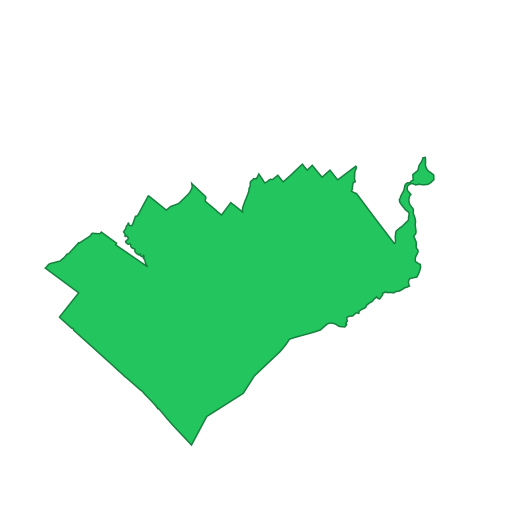 the district of Pufesti, Vrancea, Romania, rotated 54°
{"feature_id": "2599482B68532694461953", "entity_name": "Pufesti", "entity_type": "district", "adm_level": 2, "iso_a3": "ROU", "parent_name": "Romania", "parent_adm1": "Vrancea", "projection": "robinson", "projection_center": [27.194, 46.015], "detail": "fine", "context": "isolated", "style": "filled", "palette": "green", "viewbox_px": 512, "rotation_deg": 54, "n_neighbors": 0, "source": "geoboundaries", "source_scale": "gbopen_adm2", "svg_char_len": 6067}
<svg xmlns="http://www.w3.org/2000/svg" viewBox="0 0 512 512"><g transform="rotate(54 256 256)"><path d="M370.5,149.4L369.6,149.3L368.8,149.1L367.6,148.5L366.3,147.6L365.7,147.0L365.3,146.5L364.9,145.5L364.8,145.1L364.9,144.3L365.5,142.8L366.0,141.8L366.8,139.9L367.6,138.3L366.3,135.6L364.6,132.8L361.7,129.3L359.3,128.0L358.5,128.6L355.1,130.0L354.1,130.1L352.9,129.6L352.2,129.1L350.6,127.5L349.1,124.6L348.0,122.6L346.3,121.5L344.8,121.6L343.6,121.4L342.7,121.0L340.2,119.0L338.5,118.1L332.6,116.7L332.3,115.3L331.7,113.5L330.5,112.3L323.9,108.6L322.7,107.3L321.3,106.3L319.9,105.6L318.2,104.9L313.9,103.7L311.7,101.9L310.6,101.3L309.3,101.2L306.8,101.4L304.7,101.3L302.6,100.6L300.5,99.4L299.5,98.5L298.6,97.4L297.5,96.0L297.5,95.3L297.2,94.5L294.2,94.8L292.3,94.9L291.0,94.5L289.8,93.7L288.4,92.2L288.4,91.2L288.3,90.0L288.4,89.1L288.8,87.7L289.1,87.3L290.4,86.1L292.1,85.3L293.5,82.9L293.4,82.1L294.6,81.1L295.7,80.0L297.0,78.4L298.7,75.6L299.2,74.2L299.4,71.6L298.8,67.2L295.1,64.7L294.5,64.7L291.4,65.6L288.9,66.5L287.6,66.7L285.5,66.7L284.1,66.3L282.8,65.9L281.8,65.3L277.4,62.0L275.7,61.1L274.7,63.3L275.1,63.7L276.5,65.7L277.2,67.1L277.9,69.0L278.2,69.9L278.4,70.5L281.9,74.7L282.1,77.9L282.3,79.2L282.2,80.0L282.4,81.3L282.9,81.7L284.0,82.3L285.0,83.0L286.9,84.1L286.7,86.8L287.0,87.4L287.1,88.2L287.1,88.6L286.3,89.6L285.8,90.5L285.8,92.5L286.3,93.7L286.8,94.6L288.0,95.7L288.7,96.6L289.2,97.1L289.8,97.8L292.4,103.1L293.3,104.5L293.9,105.1L294.5,106.6L294.7,106.9L295.3,107.3L297.2,108.1L300.1,108.2L306.7,107.9L309.7,107.0L310.4,106.9L311.3,107.0L312.1,107.5L312.8,108.1L313.3,108.8L314.3,109.8L315.5,110.6L316.6,111.8L316.8,112.8L317.3,116.7L317.4,117.1L317.8,119.3L317.9,120.8L317.8,122.5L318.2,127.9L319.3,129.4L321.2,130.9L321.9,131.8L326.0,134.4L327.0,135.4L327.2,136.3L327.1,136.8L298.6,137.5L264.7,138.0L263.7,138.4L263.5,138.9L259.7,140.7L259.2,140.0L258.6,138.8L258.0,138.4L255.0,135.6L253.8,134.2L254.1,132.7L254.3,132.4L254.2,132.0L254.0,131.8L252.9,131.6L251.1,130.7L245.7,126.3L245.2,125.6L244.5,124.0L243.2,122.5L242.0,122.5L242.4,145.2L230.0,145.7L231.1,156.2L224.8,156.7L215.7,157.2L216.6,164.2L209.0,164.5L210.3,175.4L210.9,179.1L212.0,190.5L203.5,190.9L203.7,194.0L203.9,197.3L203.8,197.8L203.6,198.1L202.4,199.2L202.3,201.1L202.4,202.5L202.4,204.6L202.2,205.7L202.0,205.9L201.9,206.0L194.7,205.6L191.3,205.5L193.2,208.9L193.3,209.4L193.3,209.9L193.7,210.2L192.6,212.0L192.0,212.5L192.5,214.1L192.5,214.4L192.4,215.3L192.4,215.6L192.9,216.4L192.7,216.7L193.2,217.5L195.6,219.2L196.3,220.0L197.2,221.9L198.9,223.2L200.0,224.6L201.0,226.1L201.6,226.9L203.0,229.2L203.7,230.2L204.4,231.6L209.0,238.3L210.8,239.9L212.2,240.8L212.5,241.0L201.0,244.1L200.4,244.5L198.0,245.0L202.6,259.8L197.5,261.2L195.5,261.5L193.4,262.0L186.4,263.8L182.2,264.8L181.7,264.7L181.4,264.6L180.9,264.1L179.7,262.6L179.3,262.3L178.6,261.9L178.3,261.9L170.4,263.4L162.3,264.9L161.0,265.2L159.6,265.4L162.4,266.9L163.1,267.6L163.6,268.3L164.6,270.0L165.5,272.1L166.1,273.9L167.9,285.9L168.0,287.5L167.9,288.5L166.0,295.3L165.8,296.4L165.9,297.9L166.2,301.6L144.6,307.4L144.2,307.6L144.1,308.0L154.0,328.5L153.2,329.5L153.1,329.9L153.1,330.3L156.6,335.3L158.0,337.5L158.2,338.3L158.3,338.7L158.2,339.1L157.3,340.0L157.0,340.4L156.4,340.6L155.2,339.9L154.8,339.8L154.5,339.8L154.3,340.1L154.5,340.5L154.9,340.7L155.2,341.0L155.5,342.8L155.8,343.5L156.0,343.8L156.5,344.2L157.6,345.9L157.9,347.1L158.7,349.0L160.3,349.0L161.5,349.2L162.2,349.6L162.6,350.0L163.2,350.4L163.4,350.3L163.5,349.9L163.4,349.3L163.4,349.0L165.9,348.6L166.7,348.8L167.2,350.0L167.3,350.9L167.6,351.6L167.7,352.2L167.4,352.8L167.6,353.0L168.1,353.2L168.6,353.3L169.5,353.2L170.5,352.9L171.2,352.6L171.7,352.1L171.8,351.3L172.0,351.0L172.8,350.6L173.6,350.9L174.1,351.3L174.4,351.6L175.6,351.7L177.2,351.3L177.2,351.0L178.3,350.5L178.5,350.3L178.7,350.0L179.1,349.9L180.6,351.0L181.6,351.3L182.9,351.3L184.0,351.0L185.9,350.4L186.3,350.1L186.6,349.6L186.3,348.9L186.3,348.5L186.7,348.6L187.5,349.2L187.8,349.2L188.6,349.1L189.7,348.5L190.3,348.0L190.3,347.6L190.3,347.4L190.1,347.2L189.4,347.1L189.2,346.9L189.3,346.7L190.3,346.7L190.7,346.9L190.9,347.3L191.1,347.8L191.4,348.2L191.7,348.4L192.0,348.5L192.6,348.2L193.6,348.2L195.3,348.9L196.5,349.5L199.0,350.0L199.7,350.1L200.4,350.0L200.5,350.3L164.5,363.0L163.7,361.3L145.7,367.1L146.1,368.8L146.0,369.6L141.5,374.9L141.3,375.2L141.3,375.5L142.1,377.9L142.3,378.8L141.7,391.3L141.0,391.5L143.9,405.6L143.9,405.9L143.5,407.8L143.5,408.2L144.4,411.2L144.9,417.5L141.0,427.4L141.0,429.1L141.9,432.6L141.9,433.6L181.6,421.1L189.9,450.9L191.1,450.8L206.0,447.6L206.3,447.4L206.6,446.7L207.0,446.5L207.3,446.5L208.1,446.9L208.5,447.1L209.1,447.1L209.8,446.9L216.9,445.4L250.0,438.4L260.7,436.1L268.2,434.7L274.1,433.3L275.2,433.3L280.3,431.9L296.4,428.3L298.6,427.5L302.6,427.2L311.2,425.9L317.5,425.2L319.1,424.9L319.1,425.2L321.8,425.1L322.1,425.1L322.2,424.5L323.2,424.4L329.2,423.9L336.3,423.5L339.4,423.1L342.8,422.9L371.0,419.3L356.9,390.2L359.6,347.0L352.1,327.9L348.8,302.9L347.5,292.7L345.4,284.4L343.0,277.8L344.7,272.5L351.8,253.5L353.7,247.5L352.9,238.3L353.6,235.7L355.2,233.8L357.4,231.9L359.4,231.0L361.8,230.2L365.6,225.9L365.1,223.8L364.9,223.8L364.8,223.2L364.2,223.3L364.0,222.7L363.0,222.8L362.3,220.2L360.1,219.5L359.0,218.3L359.6,216.0L360.1,215.0L361.1,213.5L361.4,212.3L360.9,210.7L361.0,208.3L361.6,207.3L362.8,206.7L362.7,206.2L361.3,205.4L361.3,202.3L361.7,200.5L362.1,197.7L360.8,195.5L360.7,191.1L361.0,190.3L361.0,188.1L360.4,186.4L360.2,184.8L360.2,183.5L360.0,183.0L360.0,182.5L360.4,182.6L362.0,182.2L362.6,181.8L363.1,181.7L363.4,181.4L363.2,180.0L362.9,179.6L362.5,178.8L362.6,178.5L362.1,177.2L361.9,176.4L360.7,175.6L360.7,175.0L361.1,174.4L360.7,173.5L360.8,173.1L361.6,172.2L362.7,171.5L363.6,170.0L364.4,169.2L364.6,168.5L366.4,166.7L366.8,166.0L366.9,165.4L366.8,164.6L367.2,163.5L367.5,162.5L368.5,160.9L368.8,160.1L368.6,159.6L368.9,158.7L368.9,157.8L369.2,157.0L369.0,156.3L369.0,155.7L369.2,155.2L369.0,154.7L370.0,152.2L370.5,149.4Z" fill="#22c55e" stroke="#15803d" stroke-width="1.5"/></g></svg>